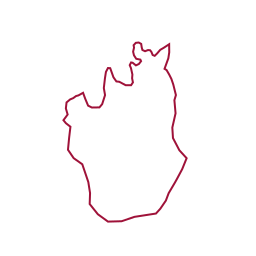 the district of Udu, Delta, Nigeria, rotated 25°
{"feature_id": "59680162B80910542790982", "entity_name": "Udu", "entity_type": "district", "adm_level": 2, "iso_a3": "NGA", "parent_name": "Nigeria", "parent_adm1": "Delta", "projection": "equal_earth", "projection_center": [5.805, 5.485], "detail": "fine", "context": "isolated", "style": "outline", "palette": "rose", "viewbox_px": 256, "rotation_deg": 25, "n_neighbors": 0, "source": "geoboundaries", "source_scale": "gbopen_adm2", "svg_char_len": 1201}
<svg xmlns="http://www.w3.org/2000/svg" viewBox="0 0 256 256"><g transform="rotate(25 128 128)"><path d="M101.9,180.2L108.9,187.5L114.9,193.8L121.1,203.0L125.4,213.1L137.1,218.9L149.4,221.3L161.6,215.2L171.4,205.8L189.5,193.7L191.4,187.5L193.0,177.8L192.4,169.9L193.6,157.5L193.9,153.3L194.5,142.4L193.9,130.6L184.0,126.5L179.7,123.2L173.0,118.1L168.0,108.9L164.9,94.6L158.3,83.2L157.5,77.9L150.7,69.5L146.6,65.2L142.8,62.2L138.5,59.2L136.1,58.9L135.1,47.8L133.4,42.0L129.9,34.7L126.3,40.5L124.2,43.5L122.9,48.1L121.7,51.3L119.5,51.4L117.1,49.2L115.2,48.2L113.2,48.9L111.0,51.2L108.1,51.2L106.4,49.2L104.4,46.2L101.6,46.0L99.1,47.5L98.1,50.6L99.5,52.6L100.4,56.7L102.7,59.6L106.2,61.8L110.3,60.8L111.6,61.9L110.8,65.4L108.7,67.9L104.6,66.9L103.1,67.3L103.0,70.3L105.4,72.5L109.4,77.7L110.7,81.2L113.2,84.6L112.7,87.9L107.8,90.2L100.5,89.8L97.8,90.7L93.4,88.2L86.6,81.3L84.5,82.1L84.3,86.5L86.1,92.7L89.2,102.0L93.3,107.9L94.5,117.3L93.4,121.4L86.6,124.7L82.4,124.6L76.8,119.5L72.4,115.1L69.3,119.4L67.4,121.0L65.7,124.1L63.5,126.5L61.5,130.8L63.4,136.5L67.6,141.3L66.2,148.2L69.7,149.9L75.3,151.2L78.8,161.8L82.8,173.1L91.5,178.3L101.9,180.2Z" fill="none" stroke="#9f1239" stroke-width="2"/></g></svg>